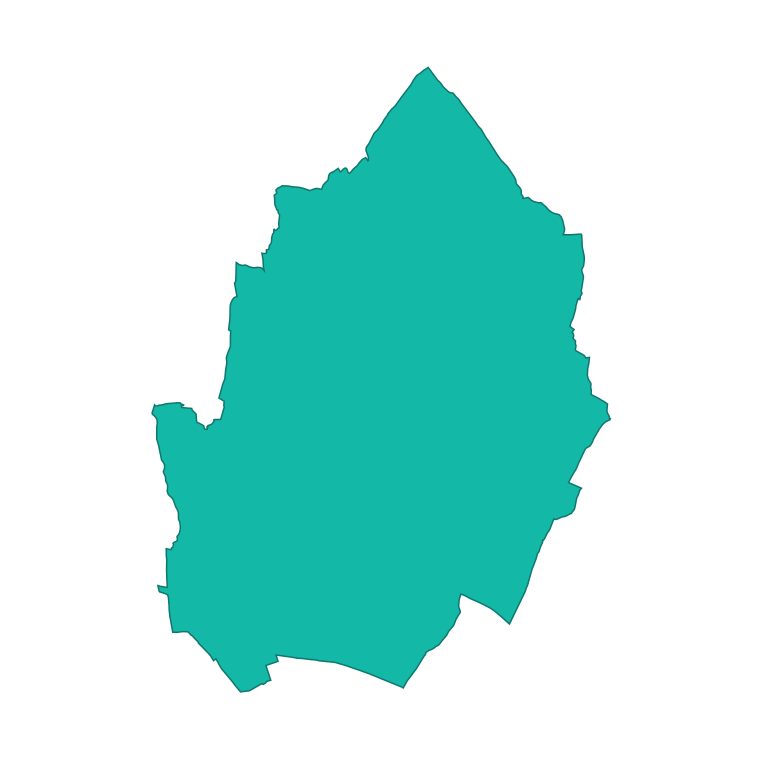 Gornet-Cricov, Prahova, Romania (Equal Earth projection), rotated 275°
{"feature_id": "2599482B42939343868004", "entity_name": "Gornet-Cricov", "entity_type": "district", "adm_level": 2, "iso_a3": "ROU", "parent_name": "Romania", "parent_adm1": "Prahova", "projection": "equal_earth", "projection_center": [26.28, 45.085], "detail": "fine", "context": "isolated", "style": "filled", "palette": "teal", "viewbox_px": 768, "rotation_deg": 275, "n_neighbors": 0, "source": "geoboundaries", "source_scale": "gbopen_adm2", "svg_char_len": 6137}
<svg xmlns="http://www.w3.org/2000/svg" viewBox="0 0 768 768"><g transform="rotate(275 384 384)"><path d="M585.5,504.2L588.2,503.9L589.3,503.6L591.4,502.2L595.1,498.3L598.9,497.4L602.1,495.4L611.2,488.1L616.8,481.5L621.0,477.8L634.5,467.5L638.7,463.9L646.3,458.5L649.4,455.0L652.4,452.7L670.2,436.7L674.5,433.2L676.1,431.1L679.9,427.3L679.8,425.5L680.4,423.4L681.4,421.8L684.7,417.7L686.4,416.1L688.9,414.0L690.3,412.4L691.1,411.1L703.2,400.5L699.8,396.0L697.0,393.3L694.4,390.0L693.3,389.2L689.6,387.0L684.6,384.8L672.0,376.8L662.0,370.9L658.2,367.5L653.4,364.3L652.1,364.0L647.2,361.0L643.2,359.3L637.0,355.7L633.1,352.4L622.7,348.3L619.2,346.3L617.4,345.6L615.1,345.7L608.8,348.6L605.3,349.0L604.9,348.4L607.3,346.7L607.9,346.0L605.7,342.7L602.7,340.4L599.1,338.2L595.6,334.8L592.7,332.9L590.9,331.1L591.0,330.6L591.7,329.7L594.6,328.5L595.5,327.7L595.8,326.9L595.5,326.0L594.9,325.2L591.6,322.4L591.6,321.9L591.9,321.6L594.8,319.6L591.5,315.7L589.5,312.3L588.5,311.3L587.4,311.2L586.9,310.7L582.7,310.6L581.5,309.8L578.8,307.4L576.7,306.0L572.5,304.9L573.0,299.9L571.8,296.4L570.6,294.3L570.3,293.2L572.1,285.4L572.5,282.4L572.5,275.3L572.9,271.1L572.6,265.2L571.3,263.7L570.1,261.5L568.5,259.9L567.9,259.5L567.2,259.6L565.4,260.4L563.6,259.7L562.8,258.4L561.7,258.2L560.2,258.7L553.0,259.7L550.9,260.9L548.3,262.0L547.3,263.5L545.5,263.6L543.4,265.3L534.1,265.1L530.7,266.0L530.3,265.8L530.0,265.0L527.6,263.1L527.6,262.4L528.6,261.1L528.4,260.8L525.3,261.0L523.5,260.0L520.3,259.4L515.2,259.5L513.2,258.7L512.6,258.1L511.8,257.7L508.0,257.5L507.6,255.5L507.2,255.2L506.5,255.1L505.4,255.5L504.0,255.4L503.9,254.5L503.4,253.2L503.7,251.0L497.9,252.5L489.7,253.7L486.4,254.7L488.5,252.5L489.1,251.3L489.2,248.2L488.4,243.7L488.9,240.1L489.2,239.1L490.1,237.1L490.4,235.2L490.4,234.6L489.8,233.5L489.8,232.1L490.4,229.1L491.2,228.0L491.4,227.3L491.9,227.0L492.2,226.2L475.4,227.3L472.9,227.2L471.5,226.3L458.3,229.9L457.3,227.7L456.5,226.8L454.3,225.5L451.0,224.3L448.3,224.0L436.2,224.8L424.5,224.5L423.7,225.8L423.5,226.7L419.1,226.8L407.7,227.7L402.5,226.0L397.4,224.8L395.8,224.7L391.7,225.6L383.4,225.0L375.2,225.0L369.9,223.4L355.6,220.8L352.9,226.2L348.0,226.4L347.3,226.9L334.5,224.4L333.7,217.7L331.6,217.8L328.9,215.8L327.7,213.5L327.4,212.3L327.0,212.1L326.1,212.4L325.9,211.4L323.5,211.8L323.3,209.9L323.8,208.9L326.4,208.2L326.8,207.8L328.7,203.6L329.4,201.1L331.8,200.3L337.4,199.5L338.1,198.9L341.0,195.5L341.7,195.0L342.9,194.6L342.9,185.0L344.1,184.0L344.4,184.0L345.0,184.8L345.1,186.1L345.6,186.3L346.3,184.3L346.3,183.5L347.3,182.9L347.5,182.4L347.2,179.4L345.4,169.0L343.6,163.8L343.3,161.9L342.3,159.5L342.2,158.7L342.6,157.9L343.2,157.3L334.9,155.5L333.9,155.9L333.4,156.3L332.7,157.5L331.3,159.1L329.2,160.7L328.4,161.0L325.0,161.6L321.6,161.3L309.1,162.5L303.2,164.8L289.0,169.0L285.7,171.7L283.9,172.5L280.7,172.7L277.4,171.8L276.2,172.3L272.7,174.3L268.6,175.0L267.2,175.6L265.6,176.8L264.5,177.1L263.0,177.4L258.1,177.4L255.4,178.6L253.9,180.1L252.2,182.6L250.3,184.1L243.0,187.5L239.5,189.9L237.0,190.5L233.4,190.8L231.0,191.2L229.3,192.3L228.2,192.7L225.1,193.4L222.6,193.7L218.6,193.4L216.0,192.5L214.1,191.1L211.0,191.7L210.1,191.6L209.2,190.9L208.1,188.8L206.9,187.7L205.4,188.4L202.6,187.6L202.2,186.7L200.4,186.4L200.7,183.3L201.0,181.4L194.1,182.1L190.0,182.9L179.6,183.6L162.4,185.8L163.0,178.6L163.5,176.3L158.1,178.0L157.4,178.5L156.0,184.7L155.1,186.9L152.1,187.9L143.8,189.3L141.3,189.5L134.4,190.8L118.3,195.2L118.5,199.2L119.8,205.1L120.0,208.9L119.9,210.6L116.8,213.9L116.7,214.7L112.9,218.8L110.7,221.7L109.9,221.5L99.4,233.7L98.0,235.0L93.5,238.3L95.6,240.6L87.3,246.1L86.1,247.1L73.8,259.3L71.5,261.3L64.8,267.9L66.7,276.7L74.9,288.5L74.4,289.0L74.4,290.2L76.2,292.4L77.5,293.1L79.0,297.0L93.3,290.9L98.5,302.6L104.6,300.1L103.8,316.5L103.3,321.2L103.4,327.0L103.1,334.6L103.2,340.7L102.6,343.3L102.5,356.2L102.3,360.2L101.4,364.3L100.5,369.3L94.4,393.3L83.5,428.6L82.8,429.6L90.3,433.0L103.3,441.1L116.5,447.7L118.0,448.8L119.6,449.0L120.3,449.3L122.5,452.0L123.7,454.6L125.4,456.9L127.1,458.6L128.3,460.6L129.4,461.8L133.4,464.2L138.9,468.2L142.4,469.6L144.1,470.5L148.8,473.9L150.4,474.7L155.9,476.3L159.8,478.1L162.0,479.4L163.4,479.8L164.2,479.8L168.9,477.7L175.4,477.7L181.2,478.7L180.8,481.3L180.5,482.4L177.7,488.9L174.3,498.9L170.3,508.8L168.1,513.0L163.6,519.5L155.8,529.9L189.5,542.7L193.8,543.7L195.3,544.4L211.9,547.5L222.9,550.7L228.5,551.7L229.3,552.4L231.0,553.2L234.5,553.8L240.2,555.8L241.9,555.6L242.6,556.3L242.3,556.4L242.8,556.8L244.8,557.8L249.6,559.6L251.7,560.9L253.9,561.9L264.0,564.8L264.4,565.0L264.0,565.5L264.0,566.0L264.2,567.7L267.4,573.5L267.6,575.1L268.1,576.6L270.1,579.5L271.5,582.1L272.0,582.2L275.5,584.4L277.3,584.9L287.1,585.9L290.6,587.2L294.7,588.1L297.4,589.8L301.9,576.4L302.5,576.6L310.7,580.1L315.9,582.8L321.7,584.6L336.3,590.0L337.6,590.8L340.0,594.3L340.9,595.0L343.7,596.4L347.5,597.6L357.1,602.0L362.5,605.2L365.6,608.0L368.0,612.1L369.1,612.5L369.3,611.6L369.7,611.7L371.6,611.1L374.1,609.4L376.4,608.4L383.6,608.4L385.6,605.0L386.9,601.9L388.1,599.9L390.8,593.0L391.8,591.2L395.8,591.1L396.8,590.9L397.7,590.3L398.8,590.2L402.2,590.2L403.7,589.3L406.7,587.0L410.6,585.8L417.4,585.6L422.1,586.2L428.4,586.4L427.6,582.7L429.3,581.5L430.0,580.7L433.9,572.3L434.8,571.6L438.9,572.0L440.4,571.2L443.7,571.0L445.4,568.8L446.2,568.4L448.6,568.8L450.2,568.3L451.1,567.8L451.5,566.8L454.9,568.6L456.5,565.9L457.8,564.2L462.3,565.1L465.6,566.5L473.4,568.0L476.1,568.4L478.0,568.3L485.5,569.7L486.0,570.0L485.2,571.1L485.1,571.7L486.7,572.0L488.3,571.9L490.6,573.1L491.5,573.3L492.6,573.0L493.5,572.3L497.3,572.7L508.0,573.4L509.3,573.1L513.7,571.2L514.9,571.0L515.9,571.2L519.0,572.5L523.8,572.7L526.8,572.6L529.0,572.2L537.6,569.6L548.8,568.1L550.4,567.6L550.4,566.4L548.8,555.8L548.7,553.4L548.2,549.5L552.6,550.4L554.7,550.3L562.9,547.6L566.3,545.7L567.0,544.7L567.5,544.4L568.2,542.8L568.4,540.6L569.0,537.6L570.8,534.2L571.7,532.8L574.2,530.4L578.3,524.7L578.0,522.0L578.8,517.6L579.7,515.0L582.3,511.8L582.2,510.5L581.4,508.3L581.0,506.2L582.6,506.3L584.8,504.5L585.5,504.2Z" fill="#14b8a6" stroke="#0f766e" stroke-width="1.5"/></g></svg>